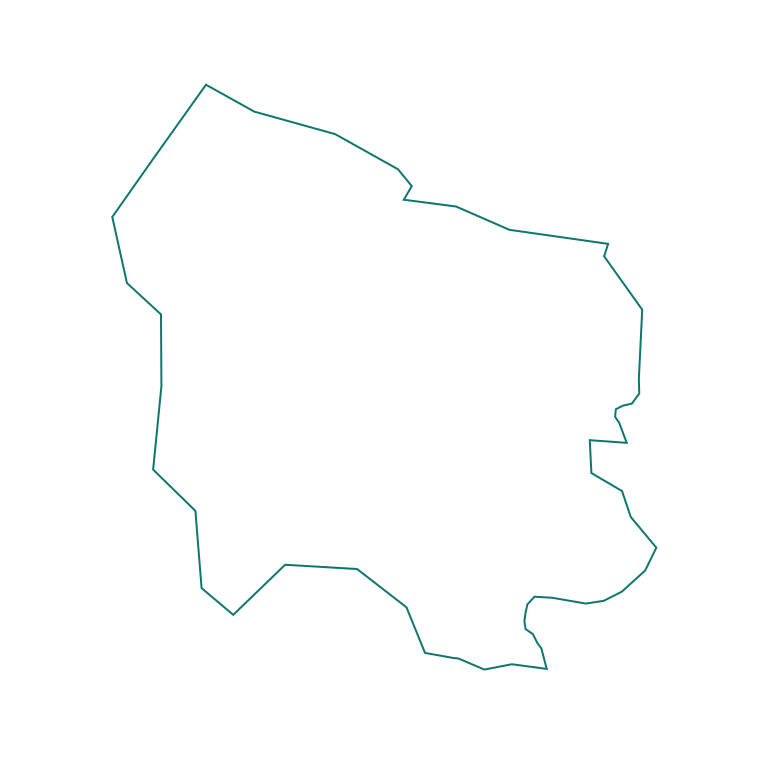 Brocenu, Robinson projection, rotated 10°
{"feature_id": "LVA-5711", "entity_name": "Brocenu", "entity_type": "Municipality", "adm_level": 1, "iso_a3": "LVA", "parent_name": "Latvia", "parent_adm1": "", "projection": "robinson", "projection_center": [22.717, 56.707], "detail": "fine", "context": "isolated", "style": "outline", "palette": "teal", "viewbox_px": 768, "rotation_deg": 10, "n_neighbors": 0, "source": "natural_earth", "source_scale": "10m", "svg_char_len": 836}
<svg xmlns="http://www.w3.org/2000/svg" viewBox="0 0 768 768"><g transform="rotate(10 384 384)"><path d="M580.4,207.1L578.6,220.0L625.4,266.0L634.1,334.8L637.0,349.0L631.5,360.3L623.1,363.8L616.7,368.6L617.3,376.2L622.4,381.4L633.2,399.8L596.4,403.6L603.7,435.7L637.0,448.1L650.1,472.1L680.6,497.9L673.6,522.3L654.3,547.2L638.0,559.4L620.8,565.2L586.6,565.3L569.1,567.4L563.5,576.1L563.1,584.7L563.5,593.5L566.0,600.8L574.1,604.5L580.1,612.6L584.8,616.9L593.7,636.3L558.5,637.8L532.4,647.8L505.0,641.4L499.9,641.8L471.1,641.7L444.9,600.0L389.6,570.9L318.0,579.2L275.6,637.5L239.8,616.7L220.3,541.7L171.5,508.4L165.2,425.0L152.3,354.2L113.3,329.2L87.4,266.7L116.7,204.2L156.7,120.2L209.0,138.3L292.4,146.4L360.5,170.1L377.0,184.3L371.5,199.1L424.2,196.7L480.7,210.4L580.4,207.1Z" fill="none" stroke="#0f766e" stroke-width="2"/></g></svg>